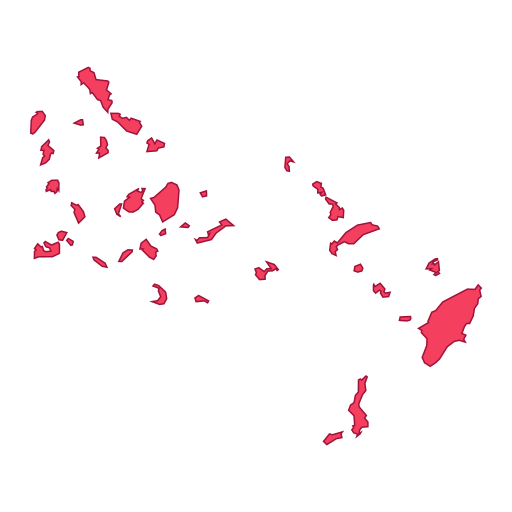 an SVG outline of Notio Aigaio
{"feature_id": "GRC-3013", "entity_name": "Notio Aigaio", "entity_type": "Region", "adm_level": 1, "iso_a3": "GRC", "parent_name": "Greece", "parent_adm1": "", "projection": "orthographic", "projection_center": [25.984, 36.675], "detail": "fine", "context": "isolated", "style": "filled", "palette": "rose", "viewbox_px": 512, "rotation_deg": 0, "n_neighbors": 0, "source": "natural_earth", "source_scale": "10m", "svg_char_len": 6021}
<svg xmlns="http://www.w3.org/2000/svg" viewBox="0 0 512 512"><path d="M481.3,288.1L479.7,290.2L481.1,296.5L478.3,298.8L477.7,303.8L474.4,308.4L473.2,316.0L469.6,323.5L466.5,323.5L464.5,326.5L461.9,333.4L465.9,335.2L463.7,339.2L465.3,342.1L459.3,340.3L454.2,341.4L447.3,346.7L439.6,358.9L435.5,362.8L430.2,366.3L424.6,362.8L422.2,357.5L426.8,345.4L427.0,338.7L421.4,332.7L421.7,330.3L418.5,328.4L428.4,322.6L427.9,321.4L431.8,312.2L435.7,310.6L442.7,302.0L467.4,289.1L474.9,289.4L478.2,284.9L481.3,288.1ZM171.5,182.4L176.9,184.9L179.0,190.1L177.6,207.8L174.3,214.7L162.6,221.9L159.6,215.0L155.7,212.1L155.0,205.2L150.5,198.4L153.9,197.5L165.6,187.3L168.0,183.4L171.5,182.4ZM111.8,100.6L112.1,102.7L107.9,109.3L107.8,112.3L103.2,107.4L100.6,100.5L97.6,99.7L92.2,92.5L90.4,93.6L89.8,89.6L87.7,87.0L83.6,82.8L81.1,84.5L81.3,81.8L77.5,76.9L78.9,76.5L78.7,72.2L88.3,67.4L90.0,68.3L90.1,70.7L94.0,72.7L96.0,79.6L107.8,81.0L108.9,82.3L106.5,89.9L111.1,93.8L109.6,94.8L108.0,99.7L111.8,100.6ZM364.6,417.9L367.9,422.1L367.9,426.7L361.9,427.2L359.7,429.9L359.2,433.6L360.8,432.6L360.2,433.7L356.8,436.5L357.6,434.2L353.6,432.7L351.8,429.8L353.6,427.7L352.8,425.9L354.7,425.4L354.0,415.7L348.6,410.3L350.6,405.0L354.0,402.7L355.4,395.4L358.4,391.9L358.5,380.0L360.2,379.0L361.8,380.0L365.9,376.0L367.2,376.9L364.9,383.3L365.8,390.6L362.5,394.7L358.8,403.8L359.1,406.9L366.4,415.5L364.6,417.9ZM370.7,222.5L372.0,224.8L377.6,226.1L379.3,228.8L363.3,234.6L353.8,243.7L348.5,243.7L344.4,241.7L338.1,244.9L336.3,246.7L337.5,249.7L335.2,251.7L336.1,255.5L332.0,253.6L329.7,250.3L330.6,243.2L331.9,243.9L334.3,241.0L337.4,242.9L345.9,232.6L357.5,225.1L370.7,222.5ZM126.6,131.0L117.8,122.1L112.3,119.2L110.9,113.3L118.6,113.4L120.2,114.3L119.3,116.3L122.5,118.3L126.4,117.4L129.4,120.3L131.1,118.2L140.2,121.4L139.4,122.3L141.7,126.2L136.7,134.3L126.6,131.0ZM143.4,203.2L138.0,209.4L133.0,212.1L128.9,211.9L123.4,208.1L124.5,201.1L129.5,197.3L127.1,196.7L128.8,194.3L138.9,188.5L137.2,191.0L141.2,192.5L142.7,190.6L142.0,188.5L145.1,188.6L141.6,197.4L141.5,199.4L143.4,200.3L141.9,202.3L143.4,203.2ZM51.4,245.0L58.1,242.2L59.5,244.2L59.4,253.4L52.4,256.7L38.7,256.8L34.4,258.4L34.5,251.5L36.1,249.7L34.5,248.6L37.7,243.8L40.8,246.8L42.3,246.5L43.6,250.6L45.8,251.7L50.9,251.1L49.6,247.9L46.0,246.8L43.9,243.0L45.3,241.5L51.4,245.0ZM42.3,111.4L45.3,115.7L44.5,120.1L35.0,132.3L32.7,134.0L30.7,133.1L31.3,120.2L32.6,117.0L37.0,114.3L37.7,113.2L36.2,112.3L37.3,111.6L42.3,111.4ZM225.8,219.1L233.6,225.6L225.8,225.9L216.2,233.0L211.4,239.6L197.3,243.1L195.4,239.5L197.1,240.4L199.4,237.8L207.6,237.6L209.6,233.7L208.3,234.4L207.6,231.8L221.9,224.9L219.5,222.0L225.8,219.1ZM328.7,217.6L330.9,214.6L330.2,212.5L333.4,205.9L332.2,204.1L329.2,204.0L325.6,199.2L326.0,197.2L337.0,202.9L335.5,203.9L339.3,207.5L339.5,209.7L342.3,208.0L343.7,210.3L343.3,217.6L338.0,216.6L336.9,219.9L332.5,220.4L328.7,217.6ZM142.3,250.0L143.1,249.0L139.9,249.0L141.2,243.2L146.2,239.3L150.9,246.1L156.7,248.9L157.8,251.1L155.6,252.3L156.2,255.9L153.7,259.4L149.6,257.3L142.3,250.0ZM40.9,150.3L41.7,146.6L48.7,139.8L49.5,141.8L48.0,145.6L53.8,150.5L53.2,153.5L51.6,153.0L50.4,154.5L49.3,159.3L45.6,162.9L40.6,164.9L42.7,157.6L44.6,156.2L43.1,154.3L43.9,150.4L40.9,150.3ZM266.5,261.8L274.3,264.5L278.3,269.6L277.1,270.5L275.9,268.7L272.6,270.8L267.8,271.1L265.0,275.6L265.1,279.2L259.5,279.6L255.5,274.7L256.4,272.7L255.0,269.0L258.8,267.7L264.2,271.6L266.9,268.7L271.2,268.7L266.5,261.8ZM156.8,150.8L146.9,151.6L149.1,144.4L146.9,143.0L147.6,140.8L151.6,138.0L154.9,143.8L156.9,140.0L164.5,143.4L163.9,146.9L158.3,148.1L156.8,150.8ZM78.1,204.5L83.4,211.6L84.9,216.8L78.6,223.1L74.0,212.5L74.9,209.4L71.1,205.4L71.9,203.4L71.1,202.4L76.4,205.3L78.1,204.5ZM105.9,147.9L108.1,150.4L108.1,152.7L98.8,158.0L99.6,153.1L96.5,153.1L98.9,149.2L97.4,148.3L100.8,146.0L100.6,137.2L104.4,137.5L106.5,140.8L107.5,144.5L105.9,147.9ZM154.5,284.2L158.6,285.5L165.6,292.1L166.7,298.7L163.9,303.8L159.5,304.4L152.1,301.6L157.5,300.7L160.7,296.8L158.4,290.9L159.0,288.3L153.0,286.0L154.5,284.2ZM48.9,183.6L48.0,182.7L51.7,180.3L57.6,180.2L58.9,182.8L58.8,190.7L57.3,188.6L56.9,191.7L54.9,193.4L54.1,191.7L54.9,191.5L51.1,191.4L50.6,189.6L46.3,191.4L46.0,189.7L47.3,188.5L46.5,187.0L48.9,183.6ZM438.5,261.7L439.4,270.6L437.9,271.5L439.5,273.5L435.7,275.5L434.0,274.6L436.3,272.6L429.8,270.0L431.5,268.7L426.1,268.9L429.1,263.0L435.2,258.9L437.4,258.6L437.6,259.8L433.0,261.9L432.3,263.9L433.8,263.4L434.6,264.9L438.5,261.7ZM384.9,289.0L383.9,291.6L385.3,293.1L390.1,292.3L388.6,296.6L382.9,297.1L380.5,293.2L381.0,291.0L379.5,290.2L375.6,293.1L373.5,290.8L373.4,285.4L373.8,284.3L375.0,286.5L380.1,283.3L384.9,289.0ZM332.3,434.8L342.4,431.9L341.0,433.8L341.9,437.6L336.3,438.7L326.8,444.6L323.5,441.4L329.5,433.9L332.3,434.8ZM323.1,188.2L325.7,194.9L321.5,196.0L320.1,194.1L321.7,192.3L317.8,193.0L317.7,189.2L313.1,185.9L312.7,184.1L316.7,181.6L321.4,183.4L320.8,187.0L323.1,188.2ZM127.9,249.8L132.4,250.0L132.1,251.8L121.7,261.6L118.8,261.4L123.1,252.7L127.9,249.8ZM66.8,232.6L62.6,240.3L58.9,239.8L56.9,235.1L58.4,232.5L61.5,231.2L66.8,232.6ZM289.4,157.0L293.6,161.9L289.8,160.9L287.2,163.8L289.0,166.4L289.4,171.2L286.9,170.8L284.9,167.5L285.7,157.3L289.4,157.0ZM360.5,264.2L362.8,268.2L361.9,270.9L357.8,272.1L354.1,270.8L354.9,266.5L360.5,264.2ZM194.9,298.0L198.6,295.5L208.6,300.9L207.6,302.8L204.3,300.9L196.1,301.7L194.9,298.0ZM96.1,257.3L105.1,263.2L106.9,267.2L102.2,266.3L94.0,259.9L93.0,257.2L96.1,257.3ZM120.7,216.7L116.9,214.3L114.6,208.8L119.9,203.9L121.6,204.0L118.4,213.8L120.7,216.7ZM400.2,317.0L410.5,316.5L410.8,318.6L409.8,320.2L406.7,320.9L399.4,320.4L400.2,317.0ZM82.5,119.7L83.3,124.8L80.7,125.1L74.2,123.1L80.6,119.8L82.5,119.7ZM68.3,238.5L73.2,241.4L72.4,244.9L70.8,245.3L66.7,240.4L68.3,238.5ZM159.5,234.1L162.2,230.5L165.8,228.7L165.0,229.7L165.7,233.7L160.8,235.5L159.5,234.1ZM180.6,226.9L185.3,222.9L189.3,225.8L188.1,227.5L180.6,226.9ZM206.6,195.9L202.5,196.8L200.3,192.8L206.4,190.9L206.6,195.9Z" fill="#f43f5e" stroke="#9f1239" stroke-width="1.5"/></svg>